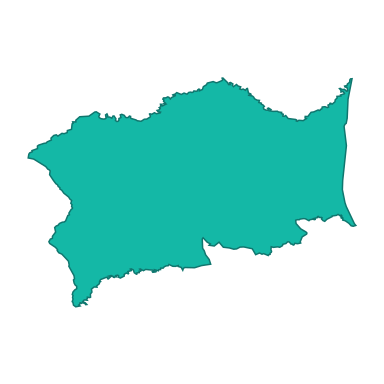 Mbanza-Ngungu, Bas-Congo, Democratic Republic of the Congo, rotated 272°
{"feature_id": "63176286B82592558575614", "entity_name": "Mbanza-Ngungu", "entity_type": "district", "adm_level": 2, "iso_a3": "COD", "parent_name": "Democratic Republic of the Congo", "parent_adm1": "Bas-Congo", "projection": "equal_earth", "projection_center": [14.766, -5.339], "detail": "fine", "context": "isolated", "style": "filled", "palette": "teal", "viewbox_px": 384, "rotation_deg": 272, "n_neighbors": 0, "source": "geoboundaries", "source_scale": "gbopen_adm2", "svg_char_len": 6007}
<svg xmlns="http://www.w3.org/2000/svg" viewBox="0 0 384 384"><g transform="rotate(272 192 192)"><path d="M132.4,272.2L133.5,272.1L134.6,273.4L135.6,273.6L136.9,272.9L140.1,273.1L139.5,275.1L140.2,279.6L139.8,281.6L141.5,284.3L142.9,284.6L143.8,287.7L145.4,289.1L145.6,290.4L145.2,291.2L143.4,292.8L143.4,293.9L142.5,295.0L142.7,295.7L144.3,296.5L144.0,299.3L144.8,302.4L146.1,301.9L151.0,303.7L153.9,308.0L155.0,308.3L155.9,307.5L159.0,301.9L164.1,297.1L167.4,296.6L168.0,298.1L168.0,300.1L168.7,301.0L169.3,304.4L169.2,306.2L167.4,309.9L168.4,310.8L169.1,314.0L168.6,315.1L168.9,316.1L169.5,316.1L169.9,315.2L170.8,318.4L171.8,318.3L172.0,319.1L171.0,320.3L171.1,322.3L170.7,322.9L169.6,322.3L168.0,323.9L167.3,325.7L169.5,327.8L172.3,332.9L172.9,332.9L173.7,337.2L174.7,338.7L173.6,340.6L174.1,342.0L173.3,342.6L172.4,341.7L171.7,343.1L171.2,342.3L170.4,343.8L169.2,343.6L168.6,346.1L166.2,349.9L163.8,352.2L163.4,354.3L164.3,356.9L166.0,355.4L182.8,346.7L186.8,345.2L199.6,342.2L208.8,342.2L243.7,344.7L262.8,341.7L264.9,342.4L266.0,343.7L271.0,344.5L290.2,344.7L310.8,348.0L310.6,346.5L309.8,345.9L307.1,345.6L305.3,343.5L303.8,343.2L303.2,340.8L302.4,341.1L301.7,343.3L298.7,344.2L298.1,343.1L299.9,340.8L299.7,338.2L300.7,336.7L300.5,335.8L298.7,337.3L297.1,337.4L297.8,339.3L295.9,341.0L295.4,340.7L294.1,337.0L293.1,337.4L292.6,333.5L291.1,333.8L289.1,331.9L287.1,331.7L284.8,329.1L285.0,328.0L285.6,327.6L285.4,326.7L284.3,326.6L283.6,324.9L281.6,325.5L281.1,324.3L281.9,321.9L281.5,319.2L279.6,318.8L279.0,317.4L278.2,317.2L277.8,316.3L278.4,315.2L276.3,310.9L275.8,308.2L271.5,305.1L271.5,302.5L270.0,302.4L269.3,303.7L267.2,300.6L267.4,296.3L266.3,294.7L266.6,293.8L267.6,294.0L268.1,293.1L268.8,285.5L271.7,283.0L270.8,281.5L271.0,280.1L272.9,280.5L273.5,278.6L274.7,278.8L275.0,275.6L275.7,274.5L275.4,270.1L275.8,266.9L277.1,268.1L278.6,265.6L278.2,264.7L277.3,265.5L276.4,265.3L276.4,263.1L277.4,260.8L279.2,260.4L280.1,261.3L281.5,259.9L282.2,258.2L283.2,258.2L283.8,255.6L285.9,256.2L286.1,253.7L287.4,251.2L288.9,250.4L290.0,249.1L290.6,245.4L291.4,245.9L291.5,247.5L292.1,247.3L292.9,245.0L297.4,243.8L297.2,243.0L295.5,241.9L296.7,239.5L296.1,237.7L296.7,236.1L298.8,237.0L299.5,234.4L301.0,232.7L298.7,229.8L300.0,228.6L301.4,229.1L302.8,226.7L302.5,225.8L300.7,226.4L300.6,224.9L302.5,223.8L307.0,218.9L306.8,218.1L305.2,218.7L304.5,218.3L302.3,213.7L302.0,212.3L303.1,209.3L301.4,203.5L299.7,202.7L297.7,199.7L294.8,198.8L293.4,196.0L294.9,196.0L295.1,195.2L294.2,194.1L293.3,194.0L292.8,192.6L293.1,190.4L292.0,189.8L291.4,188.5L291.8,187.3L291.4,185.3L289.6,183.6L290.6,180.6L289.1,177.9L290.8,173.3L289.3,171.7L288.4,169.4L287.9,169.8L288.0,172.5L285.5,168.0L284.2,167.1L285.9,165.5L286.2,164.4L285.2,162.6L285.0,160.2L283.8,159.6L282.8,160.8L281.6,160.4L280.0,162.2L279.3,160.8L278.8,162.7L277.0,159.5L277.4,158.9L278.6,158.9L278.6,157.4L276.2,157.8L275.2,156.3L274.4,157.3L272.9,156.3L272.3,154.2L271.2,155.1L270.7,157.8L269.8,157.3L269.0,153.7L269.9,151.7L268.3,149.1L268.7,147.2L268.4,146.8L266.5,147.8L265.5,147.6L263.2,144.1L263.1,141.8L260.9,138.7L261.3,134.8L262.1,133.5L263.4,128.6L263.8,128.0L265.4,128.0L265.7,126.8L264.3,125.7L264.0,124.4L264.3,123.0L266.2,121.7L267.2,119.1L266.6,117.6L263.9,118.4L262.9,116.4L261.0,116.4L260.1,115.6L259.8,114.5L260.8,113.0L262.5,113.4L265.3,111.4L265.1,110.3L263.0,109.3L264.0,107.1L264.1,104.9L265.5,105.1L267.1,104.3L266.0,102.9L262.9,103.6L262.0,102.4L261.8,101.0L262.1,98.6L263.0,96.8L264.2,96.2L266.7,97.2L268.8,93.5L268.5,92.0L264.2,86.3L263.3,77.2L259.7,73.4L258.0,73.5L257.9,70.3L256.6,70.8L255.9,69.8L250.4,69.4L249.1,65.3L247.0,65.2L245.8,62.1L246.1,60.0L243.2,56.0L244.4,54.4L243.7,51.9L240.9,49.2L239.0,49.6L237.1,45.6L235.7,44.3L235.5,42.5L233.5,37.1L232.5,35.9L230.0,36.1L227.8,30.6L226.7,31.0L225.4,28.4L224.1,27.6L220.3,27.1L219.4,32.6L212.3,45.0L209.8,47.1L209.0,48.8L208.0,49.5L204.3,49.1L198.7,53.1L195.5,55.7L194.5,57.4L192.8,58.1L191.8,59.8L190.3,59.9L189.3,61.7L186.3,64.0L182.7,68.9L180.7,70.2L179.3,72.0L176.4,71.3L175.2,72.5L173.1,72.2L172.1,73.1L171.3,73.0L170.3,71.8L166.6,69.7L165.0,70.3L164.2,68.7L158.7,66.7L157.6,65.4L157.3,63.4L155.9,60.6L154.0,59.2L153.3,57.5L151.7,56.0L147.2,57.1L142.9,54.1L140.8,54.1L140.0,52.1L137.3,50.7L135.6,51.6L131.9,57.5L129.7,59.6L128.8,59.3L126.6,61.0L125.4,64.1L118.6,70.9L114.9,71.8L113.5,71.5L104.3,77.0L101.1,77.6L100.0,76.6L96.8,77.4L94.8,78.6L93.9,80.0L91.4,80.2L90.0,78.2L88.0,76.6L85.3,75.9L84.5,76.7L82.1,76.3L81.0,76.9L78.2,76.1L77.7,76.8L74.8,77.5L73.2,79.8L74.2,84.1L75.2,82.9L75.8,83.7L77.3,83.9L77.4,84.6L76.8,85.2L77.5,86.7L76.8,88.9L75.7,89.7L75.9,90.8L77.6,89.1L78.6,86.6L80.4,88.1L80.2,91.0L81.1,90.3L82.0,91.2L83.2,91.1L82.9,93.5L83.3,94.3L86.4,94.0L88.5,95.5L91.5,94.9L93.7,97.6L93.6,100.4L94.8,100.0L97.1,102.6L98.5,102.7L99.2,103.7L99.7,102.8L101.3,103.7L103.7,109.2L103.7,110.6L102.4,110.7L102.2,111.4L104.5,113.7L105.1,112.0L105.7,113.9L105.6,114.8L104.9,114.9L104.8,116.4L104.0,116.5L103.9,117.5L104.5,117.9L104.6,119.6L105.8,118.7L106.3,120.5L105.9,121.5L104.4,121.3L103.5,123.4L105.6,127.2L107.3,127.1L108.7,129.2L108.0,131.1L108.5,131.5L110.3,130.7L111.3,134.1L111.9,134.3L112.8,133.1L113.1,133.9L112.1,136.1L109.3,137.1L107.9,139.3L108.1,139.8L109.3,139.8L109.6,142.1L110.9,141.9L111.1,143.5L111.7,143.9L113.1,142.4L113.3,143.0L111.7,146.2L113.0,148.4L112.4,157.0L111.4,156.9L110.9,155.2L110.4,155.6L110.9,158.7L111.9,159.1L112.8,158.3L112.1,161.2L113.2,161.5L113.4,163.3L114.8,163.3L114.9,165.8L116.4,167.0L117.3,168.9L117.5,170.8L118.8,171.5L117.1,175.3L117.1,178.0L118.0,180.8L117.1,180.8L116.3,183.8L113.5,185.5L115.4,186.1L116.3,187.4L116.4,197.2L118.8,204.1L120.5,213.2L125.2,211.5L129.7,207.8L133.7,206.3L136.1,204.6L145.4,203.9L146.6,204.7L142.4,208.9L140.8,212.1L139.4,210.9L138.8,216.1L142.8,220.8L137.9,225.2L137.4,231.3L136.3,235.7L136.7,238.6L138.6,241.9L138.9,245.7L137.4,254.2L131.6,257.8L133.4,261.6L132.3,264.1L132.9,265.8L131.2,270.4L131.9,270.7L132.4,272.2Z" fill="#14b8a6" stroke="#0f766e" stroke-width="1.5"/></g></svg>